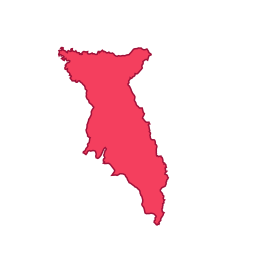 Antônio João, Mato Grosso do Sul, Brazil, rotated 246°
{"feature_id": "56859067B56102321418864", "entity_name": "Antônio João", "entity_type": "district", "adm_level": 2, "iso_a3": "BRA", "parent_name": "Brazil", "parent_adm1": "Mato Grosso do Sul", "projection": "albers", "projection_center": [-55.96, -22.223], "detail": "fine", "context": "isolated", "style": "filled", "palette": "rose", "viewbox_px": 256, "rotation_deg": 246, "n_neighbors": 0, "source": "geoboundaries", "source_scale": "gbopen_adm2", "svg_char_len": 5881}
<svg xmlns="http://www.w3.org/2000/svg" viewBox="0 0 256 256"><g transform="rotate(246 128 128)"><path d="M226.8,100.8L226.4,99.6L225.9,98.5L226.7,97.5L226.8,96.4L225.7,96.4L224.7,95.9L224.1,95.2L223.4,94.6L222.1,94.5L222.9,95.6L222.1,96.6L220.9,96.3L220.7,97.6L219.3,98.5L218.3,97.9L218.9,96.6L218.4,95.5L217.7,96.2L216.6,96.4L215.7,97.2L216.6,98.0L216.8,99.5L215.4,99.3L214.1,99.7L213.9,101.2L213.1,102.1L212.3,101.7L212.0,100.6L212.1,99.5L212.0,98.4L211.3,97.3L210.9,96.3L209.9,96.6L209.2,95.4L208.5,94.7L207.3,94.5L206.7,95.2L206.8,96.8L205.7,96.3L204.9,95.7L203.3,96.1L202.4,96.8L201.5,96.9L200.6,96.8L200.0,96.1L199.6,96.9L198.7,97.2L197.9,97.1L197.8,95.9L196.8,95.4L195.3,96.0L193.8,96.2L193.4,97.1L192.8,98.1L192.7,99.4L191.6,98.9L190.8,99.4L190.5,100.5L191.2,101.6L190.8,102.9L189.7,103.1L188.6,103.7L187.6,104.3L186.2,104.6L184.4,105.4L182.9,105.4L181.0,104.8L179.8,105.4L178.7,105.6L177.5,104.5L176.1,103.8L175.3,103.7L174.6,103.1L173.7,102.6L172.5,102.5L170.9,102.6L169.7,103.2L168.8,103.3L168.0,103.0L166.8,102.9L165.8,103.5L163.6,104.5L162.0,104.8L161.0,105.2L160.2,104.4L159.4,102.9L157.7,101.0L155.7,100.3L155.0,99.8L152.4,96.7L152.0,95.7L151.0,95.1L150.1,94.4L149.5,93.7L148.5,93.0L147.9,92.1L147.1,91.7L145.7,91.0L144.9,90.5L144.2,90.0L143.3,88.9L140.9,88.4L139.5,88.4L138.2,88.4L137.0,87.8L135.5,88.6L134.5,89.5L133.8,88.6L132.6,88.0L131.8,87.4L131.1,87.0L130.4,86.5L130.2,85.5L129.6,84.4L127.9,84.1L126.9,82.7L126.4,81.4L125.6,80.6L124.6,79.3L124.5,77.7L123.6,77.0L122.9,77.7L121.9,78.2L120.9,78.8L121.7,80.3L122.6,81.2L123.2,82.4L123.0,83.7L122.1,84.5L121.7,86.8L120.9,88.1L120.0,88.7L119.2,88.7L117.4,88.4L116.7,88.1L115.4,87.1L113.8,86.8L112.5,88.1L112.7,89.4L113.1,90.4L114.3,92.5L117.8,96.3L119.0,97.8L119.4,99.2L117.7,99.7L117.0,99.0L116.8,98.0L115.7,97.2L115.1,96.5L114.0,95.9L113.3,95.0L112.5,94.7L111.7,94.8L110.5,94.8L109.6,94.1L109.7,93.2L108.9,92.5L107.8,92.0L106.5,92.7L106.0,91.2L105.1,92.1L104.6,93.2L103.8,95.6L102.8,96.6L101.2,97.2L94.9,98.7L93.6,97.8L91.4,94.0L91.0,95.1L90.5,96.5L89.9,98.0L89.2,98.7L89.2,100.2L89.5,101.9L89.2,102.8L88.1,104.8L86.5,106.2L85.2,106.2L83.9,106.4L82.6,106.8L81.6,106.6L80.5,106.6L79.4,106.8L77.7,106.8L75.9,108.2L74.0,109.2L72.7,110.0L71.4,110.4L70.6,111.3L69.6,112.0L68.7,112.1L67.9,112.6L66.9,113.0L66.0,113.2L64.7,113.0L63.2,112.5L62.3,112.6L61.1,112.4L60.2,112.8L59.1,112.7L56.2,112.2L54.9,111.5L53.9,110.9L53.1,109.9L52.3,109.5L51.3,109.5L49.3,110.0L47.6,109.9L44.4,109.2L43.3,109.1L42.3,109.9L41.7,111.5L41.2,112.5L40.8,114.4L40.2,115.3L39.3,116.5L38.2,117.1L36.2,117.8L35.4,117.5L35.1,116.4L33.9,115.8L32.8,115.5L32.6,114.4L31.3,113.5L29.4,114.3L28.3,114.5L27.6,115.1L28.1,115.9L27.4,117.0L28.1,117.8L29.0,117.7L29.7,118.8L30.2,120.3L31.2,120.7L32.0,121.2L32.5,122.2L33.3,123.1L33.8,124.1L34.5,124.9L35.5,125.6L35.9,126.5L36.8,125.9L37.4,125.3L39.0,125.7L40.4,126.2L40.9,127.1L41.9,127.3L42.6,128.0L43.5,128.7L44.7,128.9L45.0,130.4L46.2,130.7L46.9,131.2L47.4,132.2L48.1,131.5L49.1,131.5L50.0,131.9L50.5,132.6L51.5,133.0L52.4,132.5L53.3,132.5L54.1,132.8L55.1,132.5L56.1,132.2L57.1,131.9L58.3,132.3L59.7,134.8L59.7,137.6L59.9,138.6L60.6,139.1L61.3,140.0L62.1,140.4L62.9,140.6L63.5,141.5L64.7,142.2L65.2,143.4L66.2,144.6L67.3,144.3L68.7,144.6L69.6,144.2L70.3,143.6L70.9,143.0L71.9,143.7L72.3,145.0L72.7,145.8L73.2,145.0L74.3,145.1L75.3,145.5L76.3,145.6L76.5,147.1L77.7,147.1L78.8,147.6L80.0,147.3L80.4,146.4L81.1,147.0L82.0,146.3L83.0,146.1L83.9,146.6L84.9,146.9L86.2,147.1L87.3,147.1L88.0,146.5L88.9,146.7L89.3,145.5L89.6,144.0L90.6,143.7L90.8,142.9L92.0,143.0L93.0,143.6L93.9,143.7L94.7,144.2L95.9,144.7L97.1,145.2L98.3,146.0L99.0,146.7L99.8,147.0L101.2,146.9L102.3,146.4L103.4,147.0L105.0,147.4L106.3,147.3L106.8,146.6L107.2,145.6L108.0,144.7L108.9,144.4L110.1,144.5L111.2,144.9L112.5,145.0L113.5,146.1L114.3,146.5L115.3,146.2L116.1,146.0L116.7,146.8L118.9,147.2L120.4,147.6L121.4,147.9L122.5,147.7L123.1,148.6L122.9,149.5L123.9,149.4L124.8,149.5L125.6,147.4L126.2,146.8L127.4,146.3L128.6,145.9L129.8,145.8L130.9,145.2L131.8,145.7L133.5,147.9L134.4,148.8L135.9,148.3L137.9,148.6L139.4,148.9L140.5,149.1L141.1,147.8L141.4,146.8L142.3,146.3L143.4,146.1L144.2,145.6L144.9,145.3L145.8,145.1L146.7,145.2L148.1,145.4L149.3,145.2L150.3,145.0L151.1,145.3L152.8,146.5L153.7,147.0L155.0,147.0L156.7,146.6L158.1,146.3L159.2,146.3L160.3,146.2L161.8,146.4L164.6,146.4L165.8,146.3L166.8,145.7L168.2,145.8L168.9,147.3L170.7,147.7L171.9,149.8L172.9,150.4L172.0,150.8L172.0,151.9L172.8,153.1L172.7,154.2L173.0,155.4L173.8,156.1L174.8,156.6L173.8,158.1L174.0,159.3L174.9,161.3L175.6,162.7L176.1,163.9L177.0,165.5L178.8,165.7L180.2,166.9L180.4,167.8L181.7,168.5L182.7,168.7L183.4,171.6L183.1,172.8L182.0,173.5L185.4,176.4L185.5,178.9L186.3,179.0L187.4,178.3L188.7,177.6L189.6,177.9L192.5,177.4L192.6,175.4L193.1,174.2L194.2,173.1L195.6,172.6L196.3,171.1L196.9,169.9L196.8,168.8L197.6,166.5L197.7,165.1L195.9,161.7L195.1,159.8L194.6,158.9L194.9,157.7L195.3,156.1L195.2,155.2L195.5,154.0L196.2,152.9L196.5,151.9L196.6,150.9L197.2,149.7L198.0,148.6L197.8,147.3L198.6,146.3L200.0,145.3L201.1,145.2L202.8,144.3L203.0,143.0L204.0,141.7L205.1,141.4L204.9,140.2L205.5,138.9L206.8,138.3L207.6,137.6L207.7,136.8L208.6,136.6L209.5,136.2L209.2,135.4L208.9,133.9L208.5,132.5L209.7,132.7L210.0,131.9L209.3,131.2L208.5,130.4L207.9,129.6L208.5,128.1L209.5,127.4L210.2,125.9L211.1,125.7L211.0,124.8L211.2,123.0L211.9,121.7L212.9,121.4L214.2,122.2L214.5,120.5L215.3,119.6L215.9,118.6L215.7,117.3L215.0,116.2L214.0,116.1L214.2,115.0L215.2,114.8L215.2,113.8L216.7,114.0L217.2,112.9L217.7,112.0L219.7,111.7L219.3,110.8L220.3,109.3L221.1,108.8L222.1,108.8L223.1,109.4L223.4,108.4L222.8,107.6L221.3,107.3L221.4,106.4L223.0,104.9L222.5,103.8L221.5,103.3L222.3,102.5L223.6,102.3L225.5,100.5L226.8,100.8ZM226.8,100.8L227.5,101.4L228.2,100.7L228.6,99.8L228.1,98.9L227.4,99.5L226.8,100.8Z" fill="#f43f5e" stroke="#9f1239" stroke-width="1.5"/></g></svg>